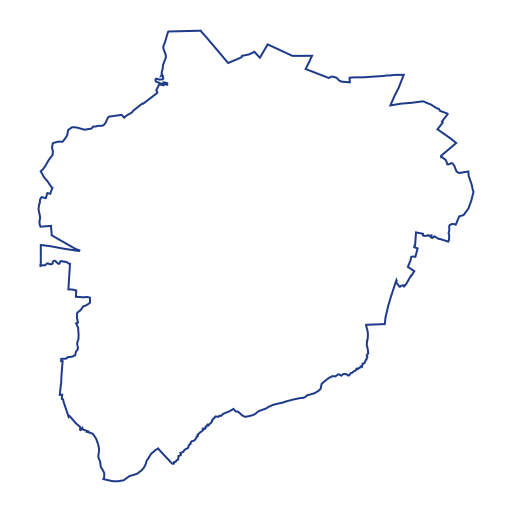 IP, Salaj, Romania (orthographic projection)
{"feature_id": "2599482B12205021786957", "entity_name": "IP", "entity_type": "district", "adm_level": 2, "iso_a3": "ROU", "parent_name": "Romania", "parent_adm1": "Salaj", "projection": "orthographic", "projection_center": [22.621, 47.222], "detail": "fine", "context": "isolated", "style": "outline", "palette": "blue", "viewbox_px": 512, "rotation_deg": 0, "n_neighbors": 0, "source": "geoboundaries", "source_scale": "gbopen_adm2", "svg_char_len": 5891}
<svg xmlns="http://www.w3.org/2000/svg" viewBox="0 0 512 512"><path d="M282.2,402.9L283.9,402.1L292.0,399.8L300.0,398.1L302.9,397.9L305.5,396.9L306.9,395.4L314.6,393.2L318.8,390.6L320.6,388.8L321.6,384.0L324.1,381.6L329.6,377.4L330.6,377.3L332.4,376.1L335.3,376.4L338.3,374.3L339.5,374.6L341.4,375.7L343.1,374.1L344.3,374.0L346.8,374.4L348.3,375.6L349.1,375.4L350.8,373.1L352.4,372.7L352.9,371.9L355.8,370.3L356.0,369.4L356.7,368.6L357.6,369.2L358.1,368.9L358.3,368.3L360.0,367.7L360.5,367.1L360.5,366.5L360.9,366.3L361.8,366.7L361.6,366.0L362.7,364.8L362.6,363.7L364.3,363.2L365.9,359.8L366.5,359.6L366.6,358.1L367.3,357.5L367.3,356.7L366.7,355.6L367.0,354.8L368.2,353.5L367.9,350.0L366.7,344.5L366.9,343.2L366.8,342.6L367.2,341.6L366.9,340.6L367.5,339.7L367.8,337.6L367.9,334.3L367.6,331.2L366.1,325.6L366.2,324.8L384.8,324.1L385.5,317.4L388.2,305.9L390.8,297.1L396.4,280.1L396.6,280.6L396.2,282.5L397.4,283.8L399.0,286.1L399.9,286.8L400.8,285.9L402.9,285.3L404.0,286.5L404.4,286.2L404.3,285.7L404.6,285.2L405.5,285.0L406.6,283.3L410.9,275.8L411.1,276.0L411.6,275.4L414.3,271.2L407.9,266.9L410.5,260.3L411.2,257.0L412.6,256.5L415.4,256.8L417.6,248.4L414.2,247.2L414.6,245.4L415.1,245.3L416.0,232.4L423.0,233.8L422.8,235.1L423.2,235.6L424.1,235.9L427.4,235.7L428.0,235.2L428.3,235.5L429.4,235.6L430.0,236.3L430.4,236.2L430.7,235.5L431.5,235.4L431.5,236.2L431.1,237.4L431.3,237.7L432.5,237.9L434.5,236.3L438.4,238.8L440.1,239.0L448.2,241.6L448.9,240.2L449.1,238.0L449.2,235.5L448.6,233.0L449.3,230.2L449.2,226.3L449.4,225.6L449.8,225.0L452.0,224.0L453.7,224.0L455.7,224.7L459.3,216.3L463.5,215.1L468.4,208.6L471.1,201.2L473.5,191.9L472.8,189.9L471.6,184.3L468.7,175.9L468.3,171.5L459.3,173.0L457.2,172.1L456.3,171.0L454.2,165.6L453.2,164.2L452.0,163.2L451.1,163.2L448.6,164.4L447.2,164.2L446.6,161.8L445.4,159.5L444.6,159.2L442.3,157.2L441.2,157.3L441.1,155.8L456.2,143.0L450.5,138.4L437.5,129.3L442.7,122.6L441.9,121.6L447.7,114.1L447.2,113.5L440.1,110.9L439.1,109.1L436.0,107.8L431.0,104.6L423.0,101.3L410.8,102.9L401.5,103.6L390.4,105.4L394.6,95.7L398.5,88.2L403.7,74.9L394.6,74.9L389.4,75.5L386.8,75.4L384.1,75.9L363.4,77.3L354.9,77.3L349.6,77.7L349.8,82.3L341.9,81.7L339.3,80.6L336.9,78.1L336.1,77.6L333.5,76.8L331.4,76.6L328.8,78.0L305.6,69.0L309.4,61.5L312.0,55.8L292.5,55.9L267.7,44.4L259.9,57.7L254.4,51.8L249.1,54.4L242.3,55.8L241.8,56.1L241.8,56.8L240.7,57.7L228.1,63.0L205.9,36.7L201.4,31.8L200.8,30.7L168.5,31.5L168.2,31.6L167.0,35.2L165.2,41.6L163.2,46.8L163.7,49.6L165.6,54.4L165.9,56.7L165.8,57.6L163.0,65.0L162.7,68.6L161.7,72.4L161.6,72.9L162.0,73.6L161.2,75.7L162.1,75.2L162.9,75.9L162.8,76.6L163.3,78.8L162.9,79.3L159.7,79.6L156.1,78.7L155.5,79.6L155.5,80.6L156.0,81.6L160.0,83.1L160.5,83.7L162.7,84.0L163.3,82.4L164.9,82.5L167.2,83.2L167.2,84.7L164.9,84.3L163.1,85.3L162.4,84.8L161.4,84.9L159.3,84.2L156.3,90.2L156.7,91.3L157.2,91.7L157.3,92.5L157.0,93.1L143.2,103.7L142.5,103.4L133.3,110.6L131.9,112.5L128.0,114.7L124.8,116.9L124.2,117.7L121.9,115.1L121.3,114.9L108.8,116.7L108.0,117.6L105.3,123.2L103.5,125.3L100.8,125.9L98.4,125.8L95.7,126.5L93.0,126.6L92.2,127.8L91.2,128.7L87.7,129.1L86.6,129.5L84.2,129.6L77.1,127.6L73.8,127.2L71.8,127.4L68.2,129.9L67.1,135.5L64.8,139.0L62.8,141.5L62.3,141.8L60.5,141.6L57.4,141.8L53.3,143.0L52.8,143.4L52.0,147.5L52.9,151.5L52.6,154.9L49.0,159.6L44.6,167.1L43.1,169.1L40.7,171.3L44.2,177.5L47.0,180.6L51.4,187.0L52.4,187.7L50.2,193.8L47.4,193.1L45.7,198.2L41.7,197.1L40.7,198.3L40.2,199.4L39.9,200.6L39.9,202.8L39.5,203.2L39.0,205.2L38.5,209.3L40.0,216.4L40.0,218.9L39.3,221.7L39.6,222.1L39.6,224.2L40.5,226.7L51.0,225.9L51.7,235.3L75.6,249.0L79.4,250.3L79.2,250.9L78.8,251.0L62.6,248.5L50.4,246.2L40.8,245.0L40.8,262.6L40.6,264.4L40.3,265.2L40.5,266.0L42.3,265.2L44.8,265.4L46.8,263.7L47.8,263.3L49.8,264.3L52.0,264.1L52.4,263.7L52.9,261.7L53.3,261.2L54.3,260.7L55.3,261.0L58.3,263.8L59.5,263.6L60.4,261.3L61.5,261.0L64.1,261.9L64.9,261.6L66.6,262.0L68.8,263.6L70.0,263.8L68.4,289.4L72.2,289.5L76.2,290.5L75.9,296.8L83.2,297.3L87.0,297.0L89.9,297.6L90.0,300.2L90.0,302.5L89.7,302.9L87.5,304.6L84.7,306.0L83.1,306.4L80.5,310.4L79.9,310.6L78.4,311.8L77.0,313.3L76.9,317.7L78.0,322.6L76.1,323.3L78.1,327.7L78.6,335.2L78.4,339.2L77.2,342.7L77.3,344.6L78.0,348.1L77.5,349.8L76.3,351.0L76.0,351.7L75.1,355.4L73.9,355.7L72.6,356.6L67.5,357.2L66.9,358.2L66.1,358.6L61.2,358.9L61.1,361.1L62.6,361.1L61.5,375.1L61.1,383.9L60.8,385.1L59.8,394.9L62.2,394.7L61.8,397.9L61.9,399.0L63.1,399.4L63.6,402.0L68.7,417.0L69.6,416.0L75.8,423.2L80.2,427.0L80.3,427.5L80.0,428.8L80.2,430.0L80.5,430.1L82.4,428.0L82.7,429.4L87.9,431.3L87.2,431.9L91.7,433.3L93.1,434.1L96.1,438.7L98.0,443.9L99.0,448.5L99.1,450.3L98.3,456.0L98.7,458.4L100.1,461.4L100.8,467.0L102.8,470.1L104.1,472.8L104.3,474.0L104.1,477.5L103.4,479.1L111.2,480.9L114.0,481.3L118.8,481.2L123.8,480.2L129.2,476.2L137.0,473.8L141.5,470.4L143.6,468.0L144.5,466.7L145.8,463.8L146.7,460.5L148.0,458.9L151.0,453.9L155.2,450.3L158.1,448.4L159.8,450.5L172.1,463.6L173.8,463.7L174.2,461.9L175.6,461.8L176.6,460.3L177.9,459.8L178.3,458.8L178.5,456.0L180.7,455.2L180.9,454.8L180.4,452.8L181.9,452.5L183.4,451.7L184.1,450.4L185.2,449.4L187.7,448.2L188.5,447.1L188.6,445.5L189.4,445.0L189.8,444.0L190.5,443.9L191.0,442.0L191.5,441.4L194.3,440.5L196.2,438.2L196.4,437.1L196.7,436.7L197.6,436.4L197.9,436.0L197.5,435.1L197.6,434.6L199.1,433.5L200.1,432.3L201.3,431.7L202.8,430.4L202.8,428.6L204.8,429.0L205.2,428.6L205.5,426.8L206.3,426.8L206.3,426.3L207.5,424.7L208.3,425.5L208.6,425.4L209.4,424.1L211.2,422.6L212.0,421.4L212.2,421.1L212.0,420.2L213.2,419.1L213.5,418.4L214.5,418.0L214.8,417.0L215.6,416.4L218.2,416.9L219.2,415.8L221.0,415.9L223.4,413.7L229.7,411.2L233.4,408.9L235.4,411.2L238.4,411.9L241.6,414.9L244.3,416.6L245.3,416.8L248.7,416.2L252.3,415.3L254.7,414.3L258.6,411.2L266.3,408.4L268.3,407.0L272.9,404.9L281.5,402.8L282.2,402.9Z" fill="none" stroke="#1e3a8a" stroke-width="2"/></svg>